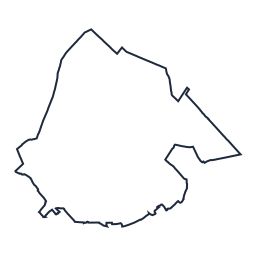 Vorniceni, Botosani, Romania
{"feature_id": "2599482B8793432480787", "entity_name": "Vorniceni", "entity_type": "district", "adm_level": 2, "iso_a3": "ROU", "parent_name": "Romania", "parent_adm1": "Botosani", "projection": "equal_earth", "projection_center": [26.671, 47.98], "detail": "fine", "context": "isolated", "style": "outline", "palette": "slate", "viewbox_px": 256, "rotation_deg": 0, "n_neighbors": 0, "source": "geoboundaries", "source_scale": "gbopen_adm2", "svg_char_len": 5693}
<svg xmlns="http://www.w3.org/2000/svg" viewBox="0 0 256 256"><path d="M202.3,162.3L202.9,161.8L203.5,161.5L204.6,162.8L207.2,161.3L210.5,160.1L211.1,160.0L211.9,160.2L213.0,159.9L214.2,159.9L215.1,159.6L223.7,157.9L240.6,154.4L239.8,153.5L239.2,152.9L235.1,148.3L234.0,147.2L233.3,146.3L232.7,145.7L228.7,141.2L226.4,139.0L224.3,136.5L223.3,135.6L222.2,134.3L220.5,132.5L216.4,127.9L216.0,127.5L215.4,126.8L208.4,119.2L208.6,119.1L208.4,118.8L208.1,118.6L207.1,117.6L205.4,116.4L205.2,116.1L204.7,115.3L203.3,113.7L202.9,113.4L202.7,113.3L202.3,112.8L202.0,112.3L200.5,110.5L200.2,110.0L196.9,106.2L190.9,99.7L185.9,94.3L189.0,89.4L188.1,88.7L187.1,87.7L186.5,88.5L185.9,89.4L185.1,90.6L178.2,101.2L174.6,97.7L172.7,96.0L172.0,95.2L171.7,94.6L171.6,94.1L171.6,92.5L171.2,91.4L171.0,90.7L171.0,89.7L170.9,89.3L170.3,84.2L170.0,83.3L169.9,81.8L169.6,79.4L169.1,77.7L168.1,75.6L167.2,74.4L166.8,73.2L166.4,71.7L166.2,70.1L165.8,68.4L164.3,67.7L161.8,66.7L159.4,65.6L156.7,64.6L151.7,62.4L147.7,60.8L140.6,57.8L138.6,57.0L136.9,56.2L126.9,52.0L126.2,51.6L125.8,51.2L122.0,47.5L120.4,49.5L117.1,53.8L116.9,53.7L116.3,53.0L113.5,50.6L111.7,48.9L109.8,46.9L104.6,42.1L103.3,40.9L102.0,39.4L100.8,38.5L100.0,37.7L99.2,37.0L97.9,35.8L96.5,34.5L91.2,29.4L85.4,32.2L84.7,32.5L80.7,37.1L78.2,39.6L76.6,41.5L75.0,43.1L74.3,43.9L72.1,46.2L66.7,52.1L65.4,53.8L63.6,56.7L61.5,59.7L61.2,60.3L61.0,61.7L60.7,63.1L60.3,64.5L60.2,65.6L59.5,67.5L59.2,68.2L58.9,69.8L58.4,71.0L57.9,72.6L57.6,73.5L57.6,74.4L57.4,77.8L57.2,78.7L57.0,79.9L55.3,87.4L55.1,88.6L54.2,91.6L53.8,92.7L53.7,93.6L53.5,94.2L53.4,94.7L53.0,96.1L52.8,96.6L52.6,97.4L52.2,98.3L51.8,99.2L50.9,101.4L50.8,101.7L50.5,102.3L50.4,102.9L49.5,105.0L49.3,105.6L48.8,106.7L47.2,111.3L45.4,115.4L44.4,117.8L43.3,120.3L41.5,125.4L39.5,131.4L39.1,132.1L39.1,132.4L38.8,132.9L38.5,133.7L38.3,133.8L38.1,134.2L36.7,138.4L35.5,138.7L34.3,139.1L33.2,139.2L32.1,139.6L31.2,139.7L30.4,139.5L29.5,139.6L29.0,139.7L27.6,140.4L27.1,140.7L26.1,141.4L24.8,142.2L23.3,143.6L22.8,143.9L22.2,144.4L21.7,145.3L21.4,145.5L17.7,148.5L17.0,149.1L18.4,152.5L18.9,153.9L20.2,157.1L20.7,158.1L21.9,161.0L23.1,163.8L20.2,166.6L15.4,171.1L15.8,171.9L16.8,172.4L18.8,173.3L18.8,173.2L19.5,173.4L20.1,173.8L20.7,173.6L20.9,173.6L21.3,173.7L21.5,173.9L22.0,174.5L23.7,174.5L24.1,174.2L24.7,174.5L25.4,174.6L27.4,175.9L28.1,176.4L28.8,176.8L30.5,178.1L30.7,178.3L30.7,178.8L30.9,178.9L31.3,179.4L32.5,182.1L33.8,184.2L34.0,184.6L34.4,185.0L35.4,185.7L35.6,185.9L36.0,186.4L36.6,187.2L37.0,187.8L38.1,189.3L38.1,189.5L37.8,190.2L37.7,190.7L37.8,190.8L38.2,190.9L38.8,192.0L39.3,192.8L40.2,193.9L41.1,194.9L41.5,195.2L41.8,195.7L43.7,197.7L46.1,201.2L46.1,201.3L45.8,201.5L45.6,201.7L45.5,202.3L45.3,202.5L45.5,203.0L45.3,203.3L45.1,203.7L45.1,204.0L44.9,204.9L42.6,207.7L41.1,209.4L39.8,211.3L39.0,212.1L39.6,212.6L40.1,213.0L40.6,213.7L41.9,215.2L43.2,216.6L43.3,217.0L44.6,216.5L44.8,217.1L45.4,217.0L45.0,216.7L45.4,216.5L45.4,216.4L45.4,215.9L45.7,215.3L46.2,214.9L46.6,214.5L46.9,214.3L47.1,214.1L47.3,213.6L47.9,213.0L48.4,212.6L49.4,211.5L52.0,209.8L52.1,209.7L52.9,210.7L53.3,211.1L53.9,212.0L54.4,212.4L54.7,212.7L55.1,213.5L55.3,213.8L56.1,214.4L57.7,213.6L57.4,213.3L59.6,211.9L58.5,210.9L56.8,209.4L55.9,208.5L55.8,208.4L56.1,208.2L56.3,208.2L58.6,208.0L60.1,208.3L61.0,208.4L63.2,208.3L64.1,208.8L64.1,209.2L65.2,210.8L67.6,213.6L69.1,215.2L74.3,220.8L74.7,221.8L79.3,222.2L83.6,222.4L83.7,223.1L84.1,222.9L85.6,222.8L86.0,222.7L86.8,221.9L87.4,221.7L88.1,221.9L88.4,222.3L88.4,222.6L93.9,222.6L97.0,222.5L99.2,222.6L99.3,223.2L100.3,223.5L101.2,224.0L103.4,225.5L104.0,225.7L105.0,225.9L107.0,226.4L106.8,226.1L106.6,225.4L106.3,224.9L106.4,224.7L106.5,224.3L106.4,223.9L106.5,223.2L106.5,222.8L111.9,222.7L112.1,224.2L115.5,224.1L117.4,223.9L118.5,223.7L120.5,223.2L120.6,223.4L120.9,223.5L121.3,223.8L121.7,224.3L121.9,224.6L122.2,226.6L125.1,226.0L129.5,224.5L134.8,222.4L140.3,219.6L140.9,219.8L143.9,217.8L145.9,216.1L148.3,214.5L148.8,214.0L149.1,213.8L149.1,213.5L149.0,213.2L149.7,213.8L150.9,214.6L151.6,214.7L152.1,215.0L152.4,215.1L152.8,215.1L153.7,214.5L154.6,214.3L155.1,214.0L155.5,213.6L155.4,213.1L155.2,212.7L154.7,211.9L154.6,211.7L154.6,211.2L154.7,210.7L155.7,210.0L158.3,207.8L157.7,207.8L157.4,207.6L157.2,207.4L157.1,207.1L157.2,206.9L157.5,206.7L158.5,206.1L159.2,205.7L160.2,205.4L160.9,205.0L161.1,204.7L161.3,204.5L161.6,204.5L162.1,204.6L163.8,206.4L164.4,207.1L164.6,207.6L165.0,208.3L165.3,208.8L165.6,209.0L165.9,210.0L166.3,210.4L166.8,210.2L166.4,209.6L168.0,208.6L168.2,208.8L169.7,208.6L170.4,208.4L174.6,204.6L176.9,202.1L177.9,201.2L178.2,201.1L179.3,202.3L179.6,202.5L180.1,202.7L180.6,202.7L181.0,202.5L181.6,202.1L182.1,201.5L182.9,200.1L183.1,199.9L183.3,199.4L183.3,198.9L183.6,198.8L183.5,198.5L183.5,198.2L183.7,197.5L183.8,196.8L183.9,196.4L184.1,195.6L184.1,195.2L184.2,194.8L184.8,193.7L184.9,193.4L184.9,193.0L185.2,192.1L185.3,191.8L185.6,191.1L186.0,190.7L186.0,190.3L186.1,190.0L186.7,189.0L186.9,188.6L186.8,188.0L186.8,187.7L187.1,187.2L187.0,186.7L187.0,185.3L187.1,183.9L186.8,183.4L186.7,183.1L186.6,179.4L184.5,178.9L184.1,178.6L183.6,178.1L178.6,172.3L176.2,169.6L175.4,168.9L174.3,167.4L173.2,166.2L172.7,165.8L172.0,165.3L170.5,164.4L168.6,162.8L167.6,161.7L167.2,161.5L166.9,161.4L165.3,159.7L165.6,159.3L165.7,159.1L166.2,158.2L170.8,151.1L171.9,149.3L172.2,148.9L172.7,148.4L173.5,147.8L173.6,147.6L173.8,147.3L173.9,146.8L174.1,145.9L174.9,144.7L176.5,144.9L181.6,146.1L184.2,146.5L187.1,147.0L189.1,147.2L190.4,147.2L193.0,146.7L194.4,149.6L195.9,152.8L196.1,153.3L196.7,154.5L197.7,156.7L198.8,158.4L199.3,159.0L200.4,160.7L201.1,161.4L202.3,162.3Z" fill="none" stroke="#1e293b" stroke-width="2"/></svg>